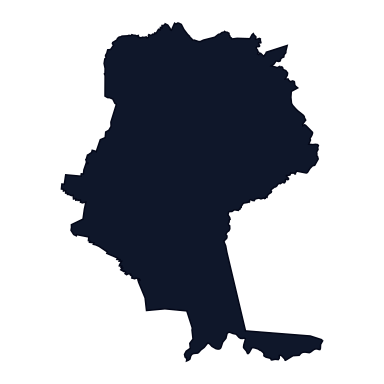 Ayotlán, Jalisco, Mexico
{"feature_id": "50627088B2305212977001", "entity_name": "Ayotlán", "entity_type": "district", "adm_level": 2, "iso_a3": "MEX", "parent_name": "Mexico", "parent_adm1": "Jalisco", "projection": "robinson", "projection_center": [-102.328, 20.472], "detail": "fine", "context": "isolated", "style": "filled", "palette": "ink", "viewbox_px": 384, "rotation_deg": 0, "n_neighbors": 0, "source": "geoboundaries", "source_scale": "gbopen_adm2", "svg_char_len": 5895}
<svg xmlns="http://www.w3.org/2000/svg" viewBox="0 0 384 384"><path d="M107.7,49.8L106.8,53.2L105.6,55.2L105.5,56.1L106.2,57.1L105.8,58.0L104.8,58.9L104.1,63.5L105.1,68.4L105.0,73.2L104.4,73.8L105.1,75.6L105.0,96.1L107.6,97.6L109.7,97.7L112.8,99.0L114.9,103.3L116.4,104.3L110.9,122.1L111.1,126.4L108.8,130.3L105.7,132.0L105.2,137.6L100.3,139.7L96.2,151.8L95.1,151.1L92.4,150.3L91.5,150.3L92.1,150.4L92.1,150.8L91.6,152.5L88.5,154.6L88.4,155.1L87.5,155.0L86.6,158.0L86.8,158.3L85.8,159.5L86.5,161.8L86.4,162.3L88.1,163.1L87.9,163.7L86.1,163.4L83.9,169.8L83.4,174.0L81.3,173.8L81.0,176.2L65.7,174.8L64.3,184.3L61.9,184.0L61.4,189.0L63.6,189.3L63.3,191.7L63.5,191.1L64.4,190.7L65.7,190.8L65.6,193.1L67.7,193.3L67.5,194.4L69.0,194.5L71.4,195.6L73.1,195.3L73.5,199.0L75.7,198.6L75.8,200.2L78.0,199.8L78.1,200.4L80.4,200.0L80.5,202.2L81.3,202.0L82.1,202.9L85.9,202.1L84.4,209.1L83.0,219.1L71.4,224.7L71.5,227.4L71.0,230.3L73.7,234.5L76.3,235.8L76.7,234.6L88.8,237.0L88.4,240.7L90.1,241.3L89.6,242.3L93.9,242.8L93.3,244.3L95.6,244.8L99.0,246.3L104.5,250.0L107.4,252.0L106.8,253.4L117.6,258.0L116.9,259.4L119.9,259.6L119.1,261.1L121.6,261.3L119.4,265.2L119.3,265.9L121.8,266.2L121.0,267.6L122.5,268.1L120.8,269.8L123.8,271.5L124.1,271.0L125.8,272.0L125.0,273.6L126.6,274.7L128.2,273.8L130.7,274.2L130.5,275.1L132.3,276.4L131.8,278.0L134.8,278.8L136.0,278.1L139.2,278.8L140.1,280.1L139.9,280.4L138.0,280.1L138.7,282.4L145.1,297.9L146.5,310.5L164.9,308.8L186.8,310.9L192.3,328.0L192.0,330.0L193.0,339.0L189.8,343.3L190.3,348.3L186.2,351.2L184.5,354.4L185.1,357.1L186.5,357.6L186.2,358.3L186.8,359.3L186.5,361.0L188.4,360.2L189.9,359.1L190.8,355.8L192.0,354.2L193.6,353.5L197.6,353.1L198.5,352.6L200.8,350.0L204.2,347.4L207.8,342.9L209.6,343.8L212.0,346.4L216.0,348.7L218.1,349.1L219.6,348.9L220.5,348.2L221.0,347.3L222.7,342.2L225.9,338.3L227.1,333.4L228.0,332.6L229.7,332.2L232.9,333.5L236.2,334.2L239.0,337.4L240.6,338.4L242.4,338.5L244.1,338.1L245.2,338.6L245.3,339.6L243.8,344.8L243.5,347.2L243.9,348.1L246.4,351.0L247.5,353.5L248.1,353.6L249.2,352.6L251.8,347.9L253.1,347.6L255.0,348.0L258.1,349.0L260.2,350.4L261.1,350.6L263.7,353.0L264.0,354.6L263.9,355.7L264.2,356.1L266.1,357.2L270.2,358.2L270.9,358.7L271.1,359.7L271.7,360.0L275.1,359.3L278.3,359.6L279.2,358.3L279.3,355.5L280.3,355.3L281.3,355.5L282.3,356.4L284.7,359.0L285.1,360.2L285.5,360.3L293.0,355.7L299.2,355.3L300.9,353.3L302.7,352.3L305.1,352.1L309.3,352.7L310.7,352.0L313.8,349.6L315.3,349.0L317.0,348.9L319.3,349.6L320.0,349.5L320.4,348.4L320.6,344.4L322.6,340.9L321.9,340.6L321.7,339.7L310.3,336.0L245.5,330.9L226.8,252.0L225.7,245.9L223.8,241.3L223.8,240.9L224.5,240.8L225.3,239.5L226.5,238.6L226.9,237.6L227.0,235.9L225.7,234.3L227.2,232.0L228.9,230.8L229.8,228.9L229.7,225.8L228.7,225.2L228.3,223.4L229.1,222.1L229.3,219.9L230.1,219.4L229.7,217.6L228.0,214.9L228.6,212.1L229.3,211.6L231.9,211.5L234.4,209.8L238.4,210.4L239.0,209.5L240.1,209.0L240.1,208.2L241.2,207.4L241.4,205.6L242.2,205.0L242.7,203.9L243.7,203.1L247.4,202.5L248.8,201.9L249.1,202.2L249.5,201.8L249.5,200.4L250.4,199.7L251.2,199.7L252.1,200.4L254.2,200.7L255.2,199.0L257.1,198.5L258.9,198.1L260.9,198.9L263.8,198.0L264.5,198.6L265.4,198.3L265.3,197.8L266.0,197.0L267.0,197.3L267.0,196.6L268.2,194.4L271.2,192.4L271.5,191.3L270.8,190.4L270.9,189.8L273.8,187.6L273.9,187.2L275.6,186.9L276.9,185.8L277.6,184.4L278.6,183.7L280.0,183.4L280.3,183.7L282.6,182.2L284.1,182.9L284.6,182.7L285.4,181.3L285.3,179.6L285.6,179.3L287.8,179.7L288.3,179.4L288.6,179.0L288.4,178.1L287.4,177.7L287.1,176.8L286.4,176.1L286.5,175.4L288.6,175.4L290.1,174.9L290.7,172.9L291.8,173.2L292.4,172.8L293.0,173.2L293.9,172.8L294.7,173.9L295.4,173.9L295.5,172.6L296.0,172.3L296.5,171.1L306.3,173.0L307.4,172.5L310.0,168.4L312.5,165.8L314.7,165.3L318.2,159.0L317.5,156.4L316.7,155.9L316.9,153.8L316.6,152.0L318.0,149.6L317.7,147.2L318.4,145.5L317.6,144.6L315.6,144.3L312.7,144.6L308.7,144.2L310.5,140.0L309.9,138.7L311.8,135.4L312.5,133.4L312.5,132.3L305.5,125.2L304.3,124.8L302.8,125.7L302.6,124.1L305.7,120.1L304.4,117.8L304.3,116.7L303.5,115.4L297.6,110.7L295.6,108.7L292.6,105.3L291.5,103.3L290.9,97.3L291.3,91.4L297.7,87.9L295.4,86.0L294.8,85.0L294.4,81.8L294.0,81.4L292.6,80.9L290.5,81.7L288.7,80.3L288.2,79.0L285.1,79.1L287.3,75.2L287.6,73.0L285.8,70.6L283.1,69.5L282.7,67.8L281.8,66.8L280.6,67.5L279.8,66.4L276.9,67.8L276.1,67.2L271.2,65.9L274.0,64.0L275.9,61.1L276.7,61.0L278.6,61.5L279.5,61.3L280.3,60.8L280.6,59.1L281.6,57.9L283.8,57.0L284.1,54.7L285.8,52.8L285.9,50.9L287.2,45.5L266.3,52.2L265.9,53.4L263.7,56.3L260.6,53.3L259.7,53.4L258.7,54.6L257.6,54.1L257.8,52.8L258.6,52.2L258.0,51.8L257.5,50.0L256.6,49.1L256.2,47.4L256.9,46.7L259.0,46.6L259.5,46.3L259.6,45.6L258.5,43.7L258.5,43.0L258.7,42.6L260.2,42.9L260.9,42.7L260.5,40.8L260.2,40.5L260.4,38.9L259.4,38.4L257.1,39.2L255.7,39.3L255.4,38.6L255.9,37.6L255.8,36.6L254.2,35.2L253.3,33.6L252.0,34.8L250.1,38.4L249.3,38.7L237.1,38.3L231.8,39.0L231.5,38.1L230.0,37.1L229.9,36.1L228.9,34.5L229.0,33.3L227.1,32.2L225.7,32.2L224.6,31.4L224.2,32.0L222.0,32.5L219.9,34.1L218.5,34.3L214.8,37.2L203.4,40.1L200.5,41.5L198.8,41.6L194.2,40.1L192.6,40.2L191.6,38.6L190.0,37.4L189.6,36.3L187.6,34.4L183.9,29.5L181.3,24.4L178.6,23.1L177.7,23.0L175.9,24.1L174.6,23.2L171.4,30.3L170.4,29.8L170.1,28.5L167.8,25.1L165.2,23.8L165.1,24.2L163.5,25.5L162.0,25.5L162.0,28.1L161.5,28.1L161.0,27.4L160.4,27.4L160.3,30.1L160.0,30.2L159.2,29.3L158.5,29.3L156.1,33.4L155.4,33.6L155.4,33.0L154.7,32.9L153.8,34.5L152.5,34.2L151.9,35.0L150.4,35.3L148.9,34.6L148.5,35.1L148.4,37.4L146.9,38.0L146.2,36.9L144.3,37.4L142.4,37.2L142.2,37.6L140.7,37.6L140.0,38.0L139.3,37.2L138.2,37.0L138.3,35.5L136.7,35.9L135.2,35.3L133.7,35.3L131.8,34.7L131.4,35.3L130.3,35.7L129.0,35.3L127.7,35.8L122.0,36.1L120.6,36.9L119.2,37.0L117.5,38.4L116.8,40.0L112.7,42.5L112.4,43.7L113.6,45.1L111.0,49.0L110.1,49.6L107.7,49.8Z" fill="#0f172a" stroke="#020617" stroke-width="1.5"/></svg>